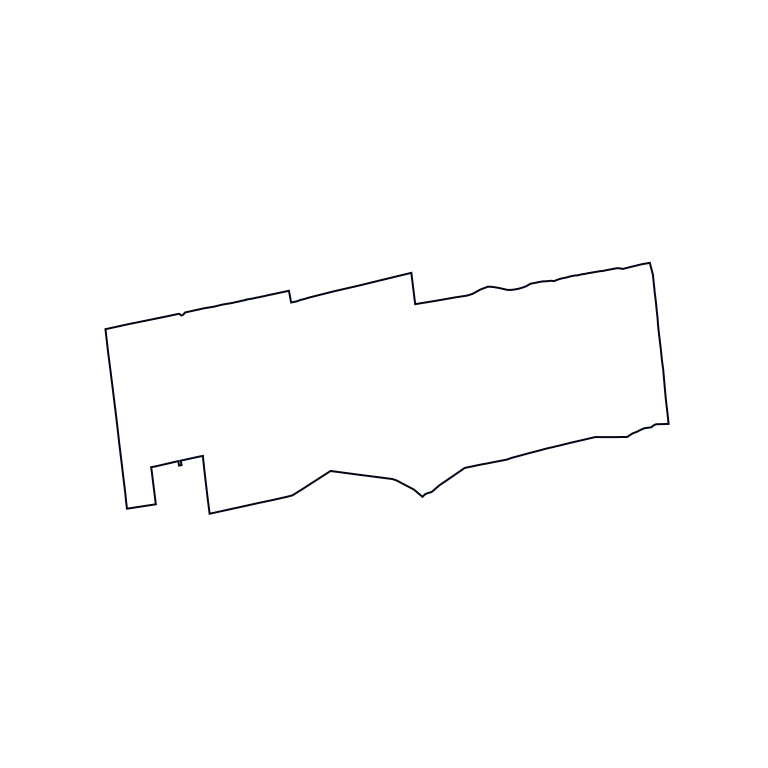 Ulmeni, Buzau, Romania, rotated 292°
{"feature_id": "2599482B81185008860025", "entity_name": "Ulmeni", "entity_type": "district", "adm_level": 2, "iso_a3": "ROU", "parent_name": "Romania", "parent_adm1": "Buzau", "projection": "albers", "projection_center": [26.636, 45.037], "detail": "fine", "context": "isolated", "style": "outline", "palette": "ink", "viewbox_px": 768, "rotation_deg": 292, "n_neighbors": 0, "source": "geoboundaries", "source_scale": "gbopen_adm2", "svg_char_len": 3130}
<svg xmlns="http://www.w3.org/2000/svg" viewBox="0 0 768 768"><g transform="rotate(292 384 384)"><path d="M529.0,480.1L527.7,479.0L525.7,476.8L522.7,473.1L519.9,468.6L518.4,465.6L517.4,462.8L517.3,462.0L516.1,454.5L515.2,450.4L514.1,446.4L513.0,443.7L507.6,437.9L500.5,432.1L497.1,427.9L495.2,424.7L491.3,418.1L480.7,401.1L469.7,383.0L497.3,367.7L487.8,354.4L465.4,323.2L465.1,322.8L451.3,303.0L437.2,283.7L436.6,282.9L435.1,280.9L433.9,279.5L432.0,277.0L430.5,274.9L429.1,273.4L428.2,272.3L427.3,271.4L427.0,270.7L424.8,267.4L425.7,266.7L430.7,263.6L434.8,260.9L427.3,249.8L425.6,247.3L423.0,243.4L420.2,239.4L418.5,236.8L417.6,235.6L416.2,233.3L413.9,230.0L413.4,229.2L413.2,228.8L413.0,228.5L412.5,227.7L411.7,226.3L410.3,224.2L410.1,224.3L408.8,222.4L407.3,220.0L406.5,219.1L404.1,215.5L402.2,212.8L401.4,211.5L400.8,210.5L399.8,208.8L397.0,204.3L391.9,197.2L387.0,189.1L375.9,172.9L373.9,172.1L373.0,171.8L371.8,170.8L371.6,169.9L372.2,168.7L372.3,167.6L366.5,159.0L347.1,129.7L346.3,128.5L344.9,126.3L341.2,120.9L330.5,105.2L310.1,116.3L297.8,123.2L281.2,132.5L265.3,141.3L250.5,149.5L240.8,154.8L228.4,161.5L211.3,171.0L203.6,175.2L196.0,179.4L186.3,184.8L178.6,188.8L172.1,192.4L187.0,217.5L219.7,199.3L222.2,203.3L227.7,211.1L231.1,216.0L233.6,219.5L235.5,222.3L231.6,224.4L233.0,226.7L236.8,224.2L238.5,226.8L240.4,229.5L243.1,233.5L246.0,237.7L249.5,243.0L238.7,248.7L234.1,251.2L226.4,255.4L212.5,263.0L198.4,270.9L219.7,302.1L226.8,312.4L234.2,323.5L242.8,335.9L246.4,340.8L247.4,341.5L251.1,344.2L257.2,348.6L265.9,354.7L272.2,359.2L283.3,367.0L285.6,375.8L290.3,394.1L298.9,426.9L299.1,428.3L299.3,431.7L297.3,451.4L293.8,461.9L297.1,463.4L298.9,465.0L300.4,467.0L301.6,468.5L303.3,469.5L305.5,470.6L310.8,473.3L318.1,478.2L336.4,490.3L338.5,493.4L340.6,496.6L342.8,499.8L346.9,506.0L347.9,507.7L353.9,516.9L354.1,517.2L356.7,521.2L359.3,525.3L361.4,527.9L363.6,530.3L363.7,530.5L370.8,539.9L375.2,545.7L376.5,547.5L381.7,554.5L383.4,556.7L385.1,559.0L386.4,560.8L387.1,561.8L388.5,563.9L389.9,565.8L391.1,567.5L391.9,568.7L399.1,578.6L403.0,584.2L405.1,587.2L413.9,599.7L419.6,614.0L421.9,619.6L423.2,622.6L425.9,629.2L431.3,633.0L434.1,636.0L434.8,636.7L437.5,639.0L439.1,640.6L440.7,642.2L443.5,647.3L444.3,648.3L445.9,649.0L447.4,650.1L448.5,651.3L448.9,652.0L451.2,657.4L453.6,662.8L458.4,660.3L460.4,659.2L464.0,657.3L474.9,651.3L485.4,645.9L501.9,637.5L509.6,633.1L514.7,630.4L516.3,629.6L518.7,628.3L521.3,626.9L533.8,620.0L538.3,617.6L541.5,615.9L547.9,612.8L553.6,609.7L560.5,606.1L567.7,602.2L570.2,600.7L573.2,599.2L581.5,594.8L585.9,592.5L595.9,585.1L591.7,578.3L586.2,570.6L580.7,563.1L580.1,562.3L579.8,560.3L579.0,557.4L578.3,556.1L576.6,553.4L575.2,551.3L574.0,549.3L572.6,547.2L570.8,544.5L569.5,542.0L563.6,532.4L560.9,528.3L559.8,526.2L558.4,524.4L556.8,522.0L556.0,520.1L555.3,519.0L553.7,516.6L552.6,515.2L551.6,513.9L550.8,512.8L548.3,509.0L545.6,505.7L543.2,503.2L542.8,502.2L542.2,500.0L539.9,495.7L538.4,492.3L537.3,490.7L536.0,488.6L534.2,486.0L533.1,484.2L532.9,483.9L532.2,482.8L531.8,482.2L531.5,482.0L531.3,481.8L529.0,480.1Z" fill="none" stroke="#020617" stroke-width="2"/></g></svg>